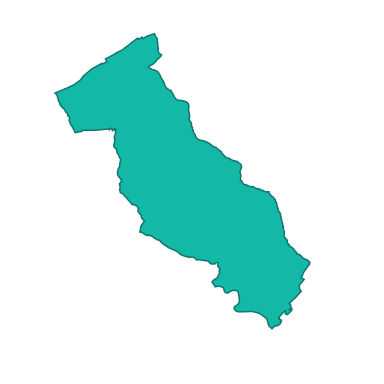 Tetoiu, Vâlcea, Romania (Robinson projection), rotated 327°
{"feature_id": "2599482B45871606876108", "entity_name": "Tetoiu", "entity_type": "district", "adm_level": 2, "iso_a3": "ROU", "parent_name": "Romania", "parent_adm1": "Vâlcea", "projection": "robinson", "projection_center": [23.926, 44.772], "detail": "fine", "context": "isolated", "style": "filled", "palette": "teal", "viewbox_px": 384, "rotation_deg": 327, "n_neighbors": 0, "source": "geoboundaries", "source_scale": "gbopen_adm2", "svg_char_len": 6069}
<svg xmlns="http://www.w3.org/2000/svg" viewBox="0 0 384 384"><g transform="rotate(327 192 192)"><path d="M229.6,334.7L229.4,332.9L229.5,331.9L231.5,328.3L234.2,327.8L238.4,326.4L236.8,323.2L239.0,322.2L239.7,321.8L240.1,321.2L242.1,320.1L245.3,318.7L246.0,318.6L246.6,318.2L251.0,316.7L250.9,316.4L251.5,316.2L252.5,315.3L251.8,311.9L250.9,311.1L249.1,307.7L248.9,305.7L248.4,304.5L248.3,303.4L247.2,302.4L246.9,301.0L246.2,300.6L246.7,299.0L246.2,297.3L246.3,294.7L245.7,293.9L245.3,291.9L244.1,290.4L244.9,289.0L244.4,288.7L244.5,288.2L244.2,287.3L244.4,286.4L245.3,285.0L245.6,283.4L245.0,281.1L245.5,278.4L245.8,278.0L246.5,277.6L246.8,276.7L247.6,275.9L248.0,275.1L248.1,273.7L248.6,272.5L249.2,271.7L249.1,271.3L250.1,270.5L249.8,270.0L251.1,267.0L251.1,266.3L251.6,265.3L251.6,264.4L252.5,263.2L252.5,262.2L253.1,261.5L253.3,260.3L254.4,258.3L254.3,257.3L254.5,256.5L254.1,255.9L254.4,255.4L254.1,254.7L254.9,253.1L255.4,252.6L255.3,251.3L256.3,248.7L256.7,248.2L256.9,246.4L257.2,246.0L256.7,245.3L257.7,243.6L257.2,241.4L257.3,240.3L256.3,238.5L256.4,237.3L256.2,236.7L256.4,236.2L256.0,234.6L256.7,233.7L254.5,232.3L253.9,232.2L253.5,231.6L253.4,231.1L252.6,230.2L252.7,229.7L252.1,229.5L251.7,228.9L251.2,228.8L250.9,228.4L251.1,227.6L250.9,227.2L249.6,225.6L249.0,225.6L248.8,224.9L247.4,223.7L246.8,222.5L246.4,220.9L245.5,220.2L244.2,219.8L243.3,218.4L242.2,217.3L242.2,216.8L241.8,216.6L241.4,215.4L240.6,215.1L239.5,213.1L239.4,211.5L239.6,210.8L239.4,210.5L239.8,209.6L239.3,208.7L239.4,207.9L240.1,206.8L240.9,206.1L242.2,204.3L242.7,202.4L243.2,201.8L243.3,200.9L244.5,200.0L245.8,199.4L246.2,198.8L247.2,198.2L247.2,197.8L247.5,197.6L247.5,196.9L248.0,195.7L247.9,194.8L247.5,193.7L247.0,193.2L247.1,192.3L246.1,190.4L244.9,189.5L244.6,188.9L243.9,188.7L243.7,187.9L242.4,186.3L242.2,185.5L241.8,185.2L241.8,184.6L241.2,183.6L240.2,182.8L239.3,181.6L239.3,180.9L238.8,180.4L239.0,179.7L238.7,179.3L238.6,177.8L238.2,176.5L238.5,174.5L237.6,171.4L236.9,170.0L236.3,167.3L234.8,166.1L234.3,164.5L233.9,164.2L234.0,163.7L233.1,160.9L231.4,157.8L230.7,157.2L229.8,155.5L228.8,154.9L225.8,151.3L225.2,148.6L225.4,147.7L225.3,146.8L225.9,145.8L225.6,143.9L225.8,143.6L225.8,142.3L226.6,140.9L226.3,140.4L226.5,139.9L227.5,138.2L227.3,137.5L227.7,136.9L227.5,136.5L227.5,136.2L228.7,134.6L228.9,133.3L229.2,133.0L228.9,131.7L229.1,129.5L229.7,128.9L230.6,128.3L230.8,127.5L231.9,126.3L231.8,125.9L232.7,124.3L232.7,123.7L234.1,120.8L235.5,119.3L236.7,117.1L236.9,116.4L236.6,115.5L236.9,115.0L236.6,113.9L235.4,112.1L233.4,109.9L229.8,106.9L229.3,105.8L229.0,103.2L229.3,101.6L229.2,100.5L229.4,99.8L229.6,95.2L228.9,95.3L227.3,90.9L227.2,89.2L227.3,87.4L227.9,86.1L228.4,81.8L228.2,79.9L228.9,76.7L228.9,73.0L227.8,70.3L226.7,68.9L225.2,67.6L223.4,63.2L226.0,63.1L227.3,63.5L229.6,63.5L237.2,61.5L237.6,61.8L241.1,60.6L240.9,59.7L240.0,58.0L240.0,57.2L240.3,55.3L241.9,53.5L241.8,53.2L242.0,52.4L242.8,51.7L242.8,50.7L243.8,49.4L245.0,47.1L245.1,46.0L246.5,44.6L246.1,42.9L246.1,41.9L246.6,40.5L246.7,38.7L238.7,36.7L234.7,36.8L234.4,34.9L230.6,35.0L230.2,33.3L210.3,34.9L205.3,34.1L200.4,34.1L192.0,33.2L191.6,36.4L185.5,35.5L185.7,34.9L174.9,34.2L164.0,35.6L159.6,37.3L151.9,37.8L143.5,36.7L131.0,34.4L131.4,35.9L131.3,37.5L130.7,40.6L129.8,42.2L129.5,45.2L128.9,47.2L129.4,51.2L130.2,53.5L129.6,55.9L130.5,58.6L129.7,59.5L129.3,60.4L130.0,62.0L129.8,62.9L129.5,63.2L129.7,63.7L128.0,64.7L127.5,67.1L127.0,68.5L127.1,71.6L126.8,75.7L126.3,78.5L130.6,80.3L132.2,81.2L132.5,81.2L133.7,80.5L144.3,87.4L156.0,93.5L156.6,94.1L156.5,94.7L157.7,94.2L158.3,94.4L158.4,94.9L158.7,94.9L158.9,94.6L159.3,94.7L159.4,94.8L158.9,95.8L158.7,97.0L159.5,96.6L160.4,96.6L161.3,97.1L160.9,97.5L161.8,97.5L162.4,97.8L160.6,99.6L159.7,101.4L156.9,103.3L155.8,105.4L155.7,106.5L151.6,110.5L151.1,112.3L151.7,114.1L151.8,115.0L151.6,116.1L150.8,117.4L150.5,118.4L150.7,120.9L150.0,123.4L150.0,125.3L149.8,126.0L147.1,128.7L145.6,130.8L142.8,132.4L140.1,134.9L139.9,135.8L139.3,136.4L138.8,137.6L139.2,142.5L139.6,142.7L139.4,142.9L139.5,143.8L137.0,145.2L135.7,145.5L134.9,147.3L134.9,148.0L134.4,148.5L133.9,149.6L132.7,150.5L132.3,151.1L132.2,152.0L131.7,152.8L131.7,153.7L133.4,156.5L133.3,158.8L134.2,161.8L134.0,163.6L134.4,165.2L134.6,166.9L135.0,168.1L134.7,169.6L137.5,172.2L137.6,173.3L138.3,174.0L137.9,176.5L137.2,177.6L136.2,178.5L136.2,181.5L136.7,183.8L136.5,184.4L135.8,185.5L135.6,186.4L136.0,189.0L136.4,190.1L136.3,190.4L130.8,192.7L129.6,193.7L128.4,195.3L127.4,196.1L127.2,196.7L126.5,197.1L127.2,197.7L128.6,199.8L129.7,202.7L130.3,203.6L131.1,203.9L131.2,204.3L132.0,204.5L132.1,205.1L133.2,205.7L134.6,207.8L135.3,210.1L136.1,211.4L136.4,212.7L137.9,214.1L138.4,215.0L139.2,219.1L139.9,221.3L140.5,221.9L140.6,222.5L141.1,223.1L141.2,223.8L141.6,224.5L141.8,225.6L146.6,232.8L147.6,235.3L148.4,238.4L150.5,241.3L154.2,245.4L156.9,246.6L157.5,247.3L158.0,248.0L159.0,251.7L159.8,251.8L161.8,253.2L163.7,255.1L164.7,255.7L166.0,257.2L167.1,257.8L168.0,259.0L168.2,261.4L168.6,262.4L171.4,264.6L172.1,264.8L172.9,264.5L174.2,264.4L175.0,265.2L175.0,265.6L173.7,267.3L173.2,268.7L173.6,272.3L172.1,272.6L171.0,274.8L166.7,277.6L161.6,277.7L159.8,278.4L159.9,283.0L159.7,284.1L162.0,285.0L164.0,286.2L166.0,288.9L166.0,290.2L165.0,293.3L165.5,295.0L167.1,296.2L170.8,296.3L173.0,296.8L175.2,298.5L175.8,299.3L176.2,300.6L176.1,301.5L172.8,308.8L171.5,310.2L169.9,310.9L168.9,311.2L165.4,311.4L164.6,311.7L163.7,313.0L163.8,315.1L164.8,316.9L166.6,318.4L177.4,325.0L179.7,327.3L182.7,331.0L185.4,338.2L185.6,339.4L183.7,345.6L183.7,346.9L184.6,350.3L187.9,349.6L189.1,349.6L189.9,350.4L191.2,350.8L194.5,350.6L194.8,349.8L196.4,349.4L196.5,348.4L197.1,348.2L197.0,347.7L196.4,347.5L195.7,345.9L196.7,345.6L196.7,345.4L196.3,345.2L196.5,344.6L200.1,343.4L205.5,342.3L205.8,342.5L204.9,343.8L204.5,344.8L203.9,345.2L205.2,346.7L206.6,346.6L210.4,345.7L211.7,345.0L210.6,344.7L209.1,343.2L210.7,343.7L212.2,343.3L212.7,341.5L212.7,340.9L213.2,340.5L213.4,339.7L213.0,338.3L221.1,337.0L229.6,334.7Z" fill="#14b8a6" stroke="#0f766e" stroke-width="1.5"/></g></svg>